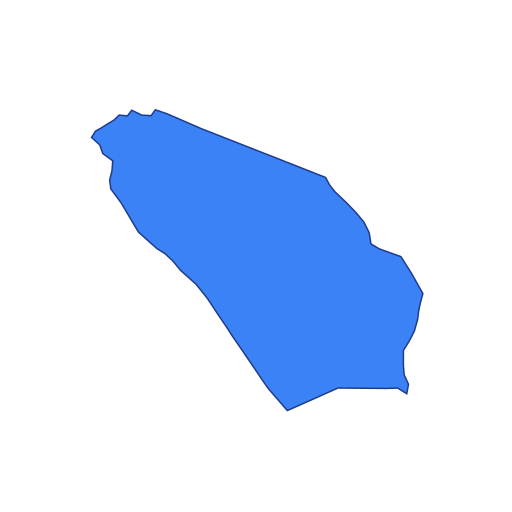 São Miguel de Taipu, Paraíba, Brazil (Equal Earth projection), rotated 127°
{"feature_id": "56859067B70917527090228", "entity_name": "São Miguel de Taipu", "entity_type": "district", "adm_level": 2, "iso_a3": "BRA", "parent_name": "Brazil", "parent_adm1": "Paraíba", "projection": "equal_earth", "projection_center": [-35.197, -7.244], "detail": "fine", "context": "isolated", "style": "filled", "palette": "blue", "viewbox_px": 512, "rotation_deg": 127, "n_neighbors": 0, "source": "geoboundaries", "source_scale": "gbopen_adm2", "svg_char_len": 962}
<svg xmlns="http://www.w3.org/2000/svg" viewBox="0 0 512 512"><g transform="rotate(127 256 256)"><path d="M275.3,52.7L266.7,57.0L261.7,66.2L254.6,72.5L242.6,81.5L231.8,82.4L220.8,84.3L209.7,88.6L201.3,93.4L193.8,96.8L185.6,100.1L176.1,121.8L169.3,139.9L173.6,153.7L176.1,161.9L177.2,171.4L169.3,179.6L164.0,190.2L161.1,202.6L159.0,216.0L157.2,231.5L155.0,239.9L151.4,247.7L171.1,318.6L187.0,375.5L195.9,412.4L199.8,424.4L207.0,424.2L212.2,432.0L214.4,443.0L221.5,443.0L225.8,450.1L233.0,451.2L239.7,454.0L246.4,456.5L252.8,459.3L260.3,458.7L261.3,447.7L266.4,440.0L266.2,427.7L274.6,422.3L283.4,418.6L289.8,412.3L294.8,395.5L299.1,385.0L302.3,377.4L307.7,364.1L309.7,339.7L308.9,330.0L310.0,319.5L312.9,307.4L314.7,286.5L319.3,268.8L325.3,252.0L330.7,236.1L333.9,227.6L339.5,210.8L344.5,196.0L347.8,186.3L350.9,177.4L354.5,166.4L360.6,138.0L345.2,129.4L312.1,111.1L283.4,72.3L276.2,63.4L275.3,52.7Z" fill="#3b82f6" stroke="#1e3a8a" stroke-width="1.5"/></g></svg>